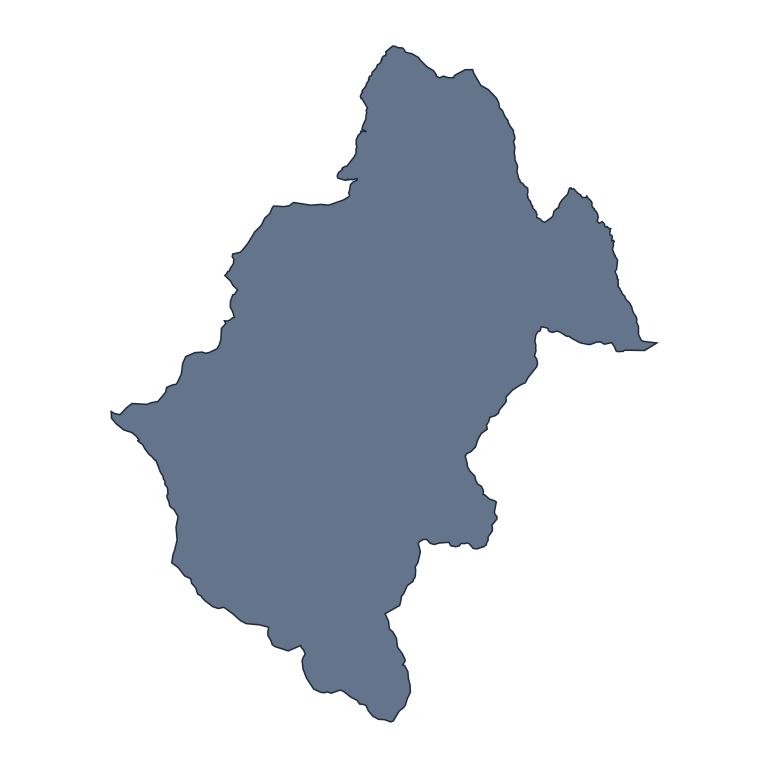 Tulghes, Harghita, Romania (Mercator projection)
{"feature_id": "2599482B18577768753782", "entity_name": "Tulghes", "entity_type": "district", "adm_level": 2, "iso_a3": "ROU", "parent_name": "Romania", "parent_adm1": "Harghita", "projection": "mercator", "projection_center": [25.75, 46.909], "detail": "fine", "context": "isolated", "style": "filled", "palette": "slate", "viewbox_px": 768, "rotation_deg": 0, "n_neighbors": 0, "source": "geoboundaries", "source_scale": "gbopen_adm2", "svg_char_len": 6078}
<svg xmlns="http://www.w3.org/2000/svg" viewBox="0 0 768 768"><path d="M484.0,546.6L486.3,544.9L486.7,542.6L488.1,540.4L488.1,536.9L492.3,531.0L492.5,527.5L491.7,525.4L496.9,519.1L497.0,516.8L494.7,513.9L494.5,511.5L496.3,502.1L494.9,500.9L489.4,499.0L484.8,494.9L483.1,494.4L483.5,491.0L481.4,486.2L477.7,484.1L475.8,480.4L474.8,476.0L470.2,471.4L467.6,466.9L467.1,462.8L465.2,456.0L466.8,453.6L470.8,451.7L475.5,447.0L478.0,439.3L481.1,433.7L487.3,429.1L486.5,425.1L488.7,421.6L489.8,417.4L495.4,415.6L498.4,413.3L499.6,409.7L505.3,402.9L506.3,401.0L505.9,397.2L512.7,389.9L520.9,384.7L525.3,382.8L527.8,377.9L536.8,366.6L537.5,364.2L537.3,361.5L536.6,358.9L534.5,356.0L536.0,350.6L535.6,348.1L535.9,345.3L534.9,341.2L535.8,335.2L537.6,331.9L540.3,330.7L541.2,326.7L547.0,328.0L547.9,328.5L548.5,330.7L550.2,331.8L552.5,332.3L557.0,331.2L560.1,332.1L566.5,336.2L569.4,336.3L570.8,337.8L579.8,342.7L588.1,344.5L590.5,344.4L597.0,342.0L600.9,342.1L604.4,344.2L611.7,342.7L614.6,347.1L616.0,350.8L617.3,351.6L623.2,351.4L624.6,350.2L644.6,350.5L656.8,343.0L643.7,341.4L641.6,340.5L640.6,339.0L638.5,334.3L638.5,326.6L636.5,322.0L636.9,319.3L636.4,317.3L634.0,313.8L632.5,310.4L631.7,306.9L629.3,302.6L625.6,299.0L624.8,296.3L621.9,293.4L621.6,291.5L620.8,291.0L619.9,288.6L617.9,286.0L618.4,284.3L617.9,281.9L618.4,279.6L617.3,279.0L617.2,276.3L614.9,271.5L616.5,269.6L617.6,260.4L616.2,257.6L614.9,256.7L615.2,255.3L614.4,254.6L612.5,249.2L613.5,245.2L613.1,243.8L614.2,241.6L613.7,240.4L611.8,240.9L611.6,239.6L612.2,238.6L612.2,236.4L611.8,235.3L610.0,234.9L609.8,234.2L609.8,231.9L610.3,231.3L610.0,230.0L610.7,228.7L608.9,228.4L607.0,226.5L606.0,227.2L604.5,225.7L604.6,224.3L602.2,221.6L599.3,223.2L597.7,221.7L597.0,220.7L597.6,220.0L598.2,216.8L597.3,213.5L595.8,210.9L594.3,210.0L594.4,208.8L592.6,207.4L591.9,205.4L592.0,202.9L590.9,200.8L587.9,198.0L586.8,196.0L585.8,197.7L582.0,197.3L580.5,194.8L577.8,193.2L573.7,188.7L571.8,189.2L571.1,187.8L569.5,188.3L567.6,194.3L561.8,200.2L559.6,203.7L558.3,208.0L557.1,208.3L553.9,211.4L552.9,215.9L552.0,217.1L545.1,222.2L542.8,221.6L539.8,218.7L536.8,217.6L536.6,215.6L537.1,214.6L536.0,212.6L536.2,211.9L532.6,207.7L532.7,206.1L531.2,204.3L530.5,201.3L529.6,200.7L527.5,197.2L528.0,196.7L527.3,195.1L527.9,192.0L527.7,188.2L524.7,186.0L522.4,183.2L520.2,182.0L520.2,180.9L518.5,177.9L517.0,171.6L517.6,166.0L515.0,160.0L514.9,155.8L514.2,153.7L514.9,147.0L513.4,141.3L514.5,140.1L514.9,138.1L514.5,135.5L513.4,133.1L513.5,130.7L509.9,125.7L507.7,121.0L508.0,120.5L505.0,116.6L502.4,110.5L499.6,107.9L498.7,102.7L496.5,98.2L488.3,89.6L480.8,85.4L473.6,72.9L472.7,69.6L465.2,69.7L455.6,74.8L454.1,76.0L453.8,77.6L448.1,77.7L443.4,76.1L439.4,77.9L436.2,75.9L436.3,74.7L433.5,70.7L427.0,66.8L420.2,60.0L418.5,57.5L411.3,53.4L409.1,53.3L405.3,51.9L403.9,49.3L402.2,47.9L397.5,47.6L395.0,46.2L392.6,46.1L385.7,51.8L386.4,53.5L385.7,54.1L385.6,55.7L384.2,55.7L382.7,56.9L381.7,58.7L382.1,59.2L381.1,60.1L381.4,60.7L380.2,63.1L377.1,65.2L377.1,66.3L375.7,68.7L372.1,72.3L371.8,74.7L371.0,76.0L369.6,76.2L368.5,79.1L369.1,79.7L366.2,84.2L366.4,85.4L362.0,91.1L362.6,92.4L361.6,93.2L360.3,96.1L361.0,98.5L361.9,98.5L367.5,108.1L366.2,110.2L366.7,113.1L366.1,114.7L365.9,118.8L362.7,126.0L362.0,129.4L366.6,131.6L360.9,131.1L360.6,131.7L361.1,132.6L358.2,135.3L356.3,139.6L356.1,144.3L356.9,146.8L356.0,149.0L356.1,153.0L354.2,156.8L346.9,166.1L344.6,166.6L342.0,168.3L342.4,169.6L338.7,172.3L337.4,175.1L337.3,176.8L338.0,178.2L345.7,180.4L347.8,179.0L348.1,180.0L351.2,179.2L352.0,179.9L357.0,178.5L357.3,179.9L353.0,182.1L350.5,184.5L349.6,190.6L348.6,192.7L349.6,195.4L348.8,196.7L343.4,200.0L328.5,205.2L321.3,204.4L310.8,205.2L293.4,202.5L289.4,205.7L284.0,206.6L273.6,206.0L272.2,207.9L269.8,213.6L264.8,218.1L261.4,225.2L254.6,232.1L247.6,243.8L241.8,250.9L240.2,252.3L232.7,254.0L232.2,256.6L233.9,259.3L233.3,264.0L230.5,267.9L229.5,270.6L227.5,271.9L226.4,274.1L224.8,275.5L230.7,281.2L232.8,285.2L237.5,289.8L234.6,294.3L232.8,294.7L230.4,301.4L230.3,307.1L232.7,311.8L234.3,317.5L232.5,317.9L229.6,320.2L227.5,321.0L224.4,320.8L225.8,323.6L221.4,328.4L220.9,339.4L219.1,345.3L216.9,348.8L209.0,352.6L205.5,353.2L202.1,352.1L195.1,352.6L185.8,356.5L182.7,363.3L181.3,374.1L177.3,382.7L175.9,384.4L173.0,384.7L166.6,387.4L165.6,392.2L157.9,401.5L151.6,402.6L147.0,404.4L132.1,403.5L126.6,407.7L120.0,414.7L114.2,413.4L111.2,411.5L111.5,418.2L116.4,424.0L123.7,429.9L131.8,432.5L135.9,435.9L139.2,440.0L137.8,440.6L138.2,441.4L142.8,444.8L144.6,448.5L149.2,454.6L151.3,456.1L154.8,460.1L155.8,460.1L160.6,472.6L163.0,476.2L163.4,479.0L164.9,480.9L164.9,484.5L167.5,487.8L167.9,493.4L167.9,494.3L167.0,495.1L166.9,497.2L168.9,501.8L169.6,505.6L171.0,507.4L174.0,509.5L178.1,516.8L176.0,527.3L177.1,540.2L174.2,551.5L173.2,553.8L171.7,562.8L178.3,567.7L184.6,575.9L190.7,578.8L191.7,583.4L195.7,587.8L197.7,594.1L201.2,596.0L202.1,597.8L205.3,601.0L212.8,606.7L218.3,608.5L223.9,607.3L232.8,613.8L240.4,620.6L246.1,623.6L259.2,624.8L268.1,627.1L268.6,628.4L267.9,631.0L267.9,635.5L270.9,640.6L272.2,644.5L275.0,646.6L288.3,650.9L300.7,645.5L301.3,647.5L303.6,650.0L305.2,654.1L303.3,657.1L302.1,660.5L303.0,668.8L306.5,678.1L313.7,689.1L321.3,692.5L325.0,692.7L327.0,691.9L331.4,693.2L340.3,690.0L344.2,691.9L350.6,697.0L357.3,700.5L359.5,704.0L363.8,704.5L366.1,705.7L368.1,710.4L372.7,716.1L378.5,719.3L384.8,719.7L390.7,721.9L393.3,721.0L399.2,711.1L403.8,707.4L405.3,705.2L407.4,698.4L410.4,692.2L410.0,684.7L408.4,678.7L407.9,671.7L404.7,665.6L402.6,664.8L405.0,661.3L405.1,659.5L402.2,653.5L397.5,647.2L396.4,638.1L392.7,631.7L389.4,628.9L388.6,621.5L385.1,613.7L399.7,605.5L401.4,598.2L401.2,596.6L403.8,593.5L407.2,585.7L413.1,581.3L413.3,579.6L414.8,577.7L415.4,575.3L415.7,569.6L415.1,567.3L418.0,562.2L420.0,553.5L420.3,551.2L418.3,543.6L419.1,542.0L423.1,539.5L426.6,539.4L430.1,543.2L434.0,544.5L439.7,543.0L448.8,542.3L450.8,545.8L455.6,546.7L459.3,545.9L461.2,543.3L464.1,543.7L467.1,542.9L469.2,543.8L473.1,548.3L474.1,548.7L477.0,548.9L484.0,546.6Z" fill="#64748b" stroke="#1e293b" stroke-width="1.5"/></svg>